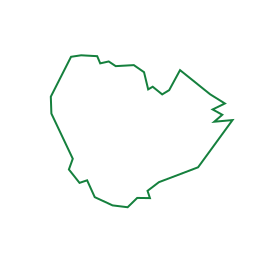 the district of Menifee, Kentucky, United States of America, rotated 31°
{"feature_id": "52423323B19436754719292", "entity_name": "Menifee", "entity_type": "district", "adm_level": 2, "iso_a3": "USA", "parent_name": "United States of America", "parent_adm1": "Kentucky", "projection": "mercator", "projection_center": [-83.6, 37.939], "detail": "fine", "context": "isolated", "style": "outline", "palette": "green", "viewbox_px": 256, "rotation_deg": 31, "n_neighbors": 0, "source": "geoboundaries", "source_scale": "gbopen_adm2", "svg_char_len": 542}
<svg xmlns="http://www.w3.org/2000/svg" viewBox="0 0 256 256"><g transform="rotate(31 128 128)"><path d="M50.4,89.8L42.5,96.3L45.7,140.9L54.9,155.1L96.5,182.8L98.7,194.0L114.7,200.0L119.9,193.9L135.1,204.4L154.6,202.3L168.5,196.1L171.9,183.2L182.9,176.8L177.1,171.8L182.4,158.5L208.3,125.6L213.5,67.4L198.7,78.2L202.0,68.1L191.0,68.5L198.4,57.1L181.0,56.8L142.8,51.6L143.8,74.3L140.0,81.6L127.9,79.9L125.4,84.5L113.0,71.9L100.6,71.1L85.6,81.3L77.2,80.9L70.9,86.9L64.6,82.3L50.4,89.8Z" fill="none" stroke="#15803d" stroke-width="2"/></g></svg>